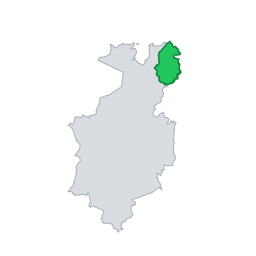 Kazakhstan, with West Kazakhstan highlighted, rotated 119°
{"feature_id": "KAZ-3201", "entity_name": "West Kazakhstan", "entity_type": "Region", "adm_level": 1, "iso_a3": "KAZ", "parent_name": "Kazakhstan", "parent_adm1": "", "projection": "orthographic", "projection_center": [51.03, 49.856], "detail": "fine", "context": "in_parent", "style": "filled", "palette": "green", "viewbox_px": 256, "rotation_deg": 119, "n_neighbors": 0, "source": "natural_earth", "source_scale": "10m", "svg_char_len": 7103}
<svg xmlns="http://www.w3.org/2000/svg" viewBox="0 0 256 256"><g transform="rotate(119 128 128)"><path d="M164.9,166.0L163.8,166.9L163.4,168.1L162.4,168.0L161.1,170.3L156.7,174.5L154.4,179.3L154.7,181.2L153.9,181.4L151.6,180.5L151.6,178.8L150.4,177.8L143.7,179.5L141.4,173.7L138.7,174.2L137.9,166.7L136.4,167.9L134.2,165.0L130.5,162.6L128.3,164.3L121.5,164.9L115.1,166.9L110.0,162.5L109.0,160.9L95.0,153.7L81.6,159.1L83.2,186.8L80.1,187.2L76.6,182.3L72.4,179.7L66.4,181.3L63.3,184.2L63.1,181.8L63.9,179.3L63.7,176.8L59.8,176.0L58.2,173.9L56.5,173.7L56.5,171.4L55.2,169.4L53.9,166.0L51.2,165.0L50.8,164.0L51.0,163.1L51.6,162.8L54.1,162.7L55.8,163.7L57.8,163.5L56.5,162.8L54.9,160.5L57.0,157.2L62.4,156.8L66.6,157.2L64.3,155.5L66.1,150.7L65.6,148.6L66.2,147.1L65.6,145.7L64.8,145.0L62.5,144.7L60.7,146.0L58.0,144.5L55.7,143.9L51.8,145.6L49.0,147.8L46.2,148.3L46.2,149.1L45.8,148.9L45.4,149.3L45.5,149.7L42.3,147.8L41.8,147.2L41.9,146.5L43.8,146.8L44.2,146.3L40.3,139.1L36.9,138.2L35.9,138.6L34.9,137.0L34.9,134.8L32.9,133.4L32.7,132.1L33.3,130.4L35.1,127.9L34.0,126.1L34.2,125.1L35.2,122.5L36.5,121.5L37.0,119.4L37.9,118.5L38.9,118.7L41.8,122.8L42.2,123.0L43.9,122.3L44.3,121.7L43.4,117.1L44.3,117.2L46.8,115.4L47.7,113.6L49.2,113.3L51.6,111.9L53.9,108.8L55.6,109.4L56.5,110.7L57.7,110.6L60.6,108.9L62.3,110.6L65.9,110.5L69.8,113.7L71.3,115.6L71.6,117.1L72.0,117.4L72.4,116.5L71.8,114.3L72.3,113.8L75.8,116.3L77.5,116.8L79.1,115.7L79.5,114.7L81.1,113.2L81.7,113.5L83.5,112.7L85.7,113.8L86.7,113.5L87.4,112.1L89.9,112.1L92.7,114.7L95.5,114.9L95.9,115.8L97.2,115.0L98.2,112.8L100.1,113.9L102.5,113.5L104.5,111.9L105.0,109.0L104.7,108.3L103.7,107.6L99.3,106.6L98.8,105.7L97.0,104.7L98.7,103.0L99.8,102.7L101.1,101.1L99.7,98.7L100.6,96.3L104.9,95.9L105.3,95.3L104.8,94.6L103.1,93.9L101.0,93.8L100.8,93.4L101.0,92.6L102.2,91.8L101.9,91.4L100.9,91.8L99.7,91.4L100.3,88.3L103.5,88.4L114.0,83.3L115.9,82.8L116.7,83.1L117.1,81.7L117.9,80.7L121.1,79.7L128.7,75.6L128.9,75.0L128.5,74.2L129.8,73.6L131.3,71.8L133.5,71.5L136.7,72.2L138.7,70.5L139.7,71.6L142.0,75.1L142.4,76.9L142.2,77.8L142.4,78.1L143.6,78.2L146.3,77.0L146.7,75.9L148.0,77.2L148.7,78.4L149.1,77.8L148.8,77.2L149.0,76.8L150.2,76.6L151.9,77.3L153.7,76.1L153.8,76.9L152.8,79.0L153.0,79.8L153.8,80.8L155.3,78.9L156.9,78.8L157.7,79.2L157.7,77.9L158.8,76.1L160.3,75.1L160.7,74.3L160.6,73.4L165.4,68.8L165.4,71.2L164.5,71.5L165.1,72.3L172.7,75.6L184.2,85.5L188.5,89.7L189.8,87.7L189.2,86.0L190.1,84.7L192.0,84.7L192.4,86.4L193.8,85.9L194.7,87.2L199.0,85.4L199.6,83.7L201.7,81.8L204.8,82.2L208.0,85.1L211.3,85.0L211.9,86.1L213.8,87.5L218.0,86.3L219.0,83.3L219.5,83.7L219.6,84.9L220.6,85.0L222.0,85.9L223.2,85.9L224.0,86.5L222.0,87.9L222.1,88.9L222.8,90.5L222.7,92.0L219.9,94.8L220.5,98.5L223.1,102.7L223.0,104.4L222.0,105.2L220.7,107.6L219.8,106.9L216.9,108.3L212.0,108.9L213.4,121.5L213.7,122.0L215.2,122.1L215.6,123.0L215.7,124.3L214.2,124.2L212.9,125.3L211.2,124.5L204.6,130.3L204.0,131.5L204.8,131.9L206.0,131.3L207.3,131.5L207.1,132.9L208.3,136.1L211.1,139.2L211.9,141.0L212.8,141.8L212.8,142.3L212.1,142.4L211.2,143.5L211.3,144.0L212.4,144.3L211.1,146.0L211.1,146.9L212.6,149.4L212.5,149.8L210.5,148.9L207.9,149.4L205.7,147.9L194.6,150.7L188.9,153.0L188.1,154.3L186.7,154.6L183.6,154.5L180.0,153.6L178.8,154.4L177.1,156.4L177.2,159.6L178.0,160.9L171.0,160.3L168.2,160.6L165.7,162.0L164.5,165.4L164.9,166.0ZM50.4,161.0L49.9,161.2L49.4,160.4L49.6,159.6L50.0,159.3L49.6,160.3L50.4,161.0ZM63.8,156.7L63.4,156.6L63.1,156.2L63.7,155.9L63.8,156.7Z" fill="#d9dde1" stroke="#a8b0b8" stroke-width="1"/><path d="M61.0,108.4L61.1,108.5L61.3,109.0L61.7,109.8L61.8,110.3L61.9,110.5L62.0,110.6L62.2,110.8L62.3,110.7L62.7,110.7L62.7,110.8L62.8,110.7L63.0,110.5L63.2,110.4L63.3,110.4L63.4,110.5L63.5,110.5L63.8,110.5L64.0,110.7L64.1,110.8L64.1,110.7L64.3,110.5L64.5,110.5L65.1,110.5L65.0,110.3L65.3,110.4L65.8,110.4L66.0,110.4L66.2,110.5L66.3,110.5L66.5,110.8L67.0,111.0L67.3,111.3L67.2,111.3L67.2,111.5L67.1,111.8L67.3,112.1L67.5,112.3L68.5,112.7L68.8,112.6L69.0,112.8L69.2,113.1L69.3,113.2L69.6,113.2L69.7,113.3L69.8,113.7L69.8,113.8L69.9,114.1L70.0,114.2L70.1,114.3L70.3,114.4L70.4,114.5L70.5,114.6L70.7,114.8L71.1,114.8L71.2,115.0L71.5,115.0L71.6,115.3L71.3,115.7L71.3,115.9L71.3,116.2L71.3,116.3L71.2,116.7L71.1,116.8L71.2,117.0L71.4,117.4L71.5,117.5L71.8,117.6L72.0,117.5L71.7,118.1L71.6,118.5L71.3,118.8L71.5,119.6L71.5,120.4L71.8,120.9L72.0,121.0L72.2,121.3L72.1,121.7L72.0,122.0L71.8,122.5L71.8,123.0L71.5,123.3L71.2,123.6L71.0,123.9L71.0,124.2L70.5,124.5L69.9,124.5L69.6,124.5L69.5,124.8L68.9,125.0L68.7,125.3L68.5,125.7L68.2,125.8L68.3,126.2L68.1,127.1L68.1,127.9L67.2,128.9L67.1,129.0L67.1,129.3L66.4,129.5L64.7,129.6L64.4,129.5L63.7,130.5L63.7,131.4L63.0,132.6L62.8,133.5L62.8,133.8L62.5,134.0L60.8,133.4L60.6,133.7L60.1,133.7L59.7,133.6L58.9,133.3L59.1,132.7L59.0,132.4L58.6,132.3L56.7,132.1L56.1,132.3L55.6,132.3L55.1,132.8L54.6,133.5L54.3,133.5L54.1,133.6L53.8,133.8L53.4,133.9L49.3,136.8L47.0,137.0L46.8,137.5L44.2,136.5L35.1,134.8L35.1,134.7L34.5,134.4L33.3,133.8L32.0,133.3L32.8,131.4L33.6,129.6L33.7,129.4L33.9,129.3L34.3,129.1L34.5,128.9L34.8,128.6L35.0,128.3L35.1,127.9L35.1,127.5L34.9,127.1L34.2,126.5L33.9,126.4L34.3,124.6L34.7,122.7L34.8,122.4L35.0,122.3L36.1,121.8L36.5,121.5L36.8,121.1L36.9,120.9L36.9,120.6L36.7,120.3L36.6,120.0L36.7,119.9L36.9,119.8L36.9,119.7L36.8,119.4L36.9,119.2L37.0,119.2L37.3,119.0L37.5,118.6L37.7,118.4L37.9,118.2L38.2,118.1L38.4,118.1L38.5,118.2L38.8,118.6L39.0,118.8L39.1,119.0L39.3,119.1L39.5,119.4L39.6,119.6L39.8,119.8L40.0,120.1L40.2,120.3L40.3,120.5L40.6,120.8L40.7,121.0L40.7,121.3L40.7,121.5L40.8,121.7L40.8,121.8L40.9,122.0L41.1,122.2L41.2,122.4L41.2,122.6L41.3,122.7L41.5,122.7L41.9,123.0L42.2,123.1L42.3,123.1L42.5,122.9L43.5,122.5L44.0,122.3L44.4,121.8L44.5,121.7L44.5,121.2L44.4,121.1L44.0,120.9L44.0,120.7L44.1,120.4L44.0,120.2L43.8,119.7L43.7,119.2L43.6,118.1L43.6,117.6L43.6,117.3L43.5,117.2L43.2,117.1L43.1,116.9L43.3,116.8L43.9,117.2L44.1,117.3L44.4,117.2L45.3,116.6L45.7,116.0L45.9,115.9L46.6,115.7L47.0,115.5L47.2,115.4L47.3,115.1L47.2,114.9L47.0,114.7L46.9,114.5L47.0,114.3L47.1,114.1L47.2,113.7L47.3,113.5L47.4,113.4L47.5,113.4L47.9,113.5L49.0,113.5L49.1,113.4L49.3,113.1L50.0,112.5L50.2,112.4L51.1,112.3L51.6,112.0L51.7,111.9L51.7,111.6L51.7,111.4L51.8,111.4L51.8,111.2L52.2,111.1L52.3,111.1L52.4,110.9L52.5,110.8L52.6,110.7L52.6,110.1L52.7,109.9L52.8,109.9L52.8,109.6L53.1,109.6L53.4,109.6L53.3,109.8L53.2,109.9L53.3,110.0L53.5,110.0L53.7,109.9L53.8,109.8L53.9,109.6L53.6,108.9L53.6,108.7L54.0,108.6L54.2,108.8L54.3,108.9L54.4,109.1L54.5,109.1L55.6,109.2L55.8,109.1L56.0,109.2L56.1,109.4L56.3,109.5L56.5,109.5L56.6,109.8L56.6,110.0L56.4,110.1L56.0,110.2L56.0,110.4L56.1,110.5L56.3,110.7L56.6,110.8L57.0,110.7L57.3,110.6L57.4,110.4L57.5,110.2L57.7,110.3L57.8,110.4L57.8,110.5L57.9,110.9L58.1,110.8L58.4,110.7L58.5,110.5L58.5,110.3L58.5,110.0L58.5,109.8L58.7,109.5L58.9,109.3L58.9,109.2L59.1,109.1L59.3,109.2L59.5,109.3L59.9,109.3L60.0,109.3L60.1,109.2L60.2,108.9L60.4,108.8L60.6,108.8L60.8,108.8L60.9,108.7L60.9,108.4L61.0,108.4Z" fill="#22c55e" stroke="#15803d" stroke-width="1.5"/></g></svg>